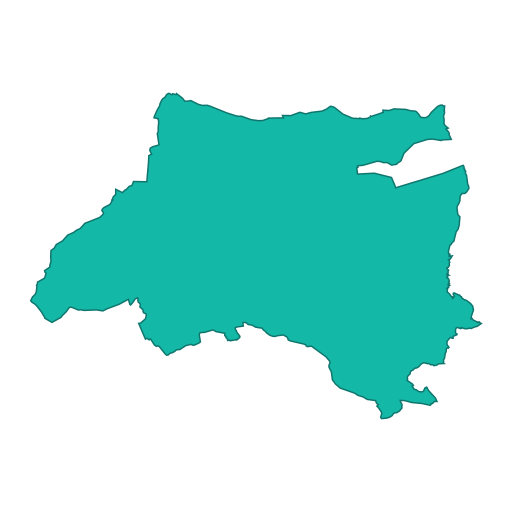 outline of Floresti, Cluj, Romania
{"feature_id": "2599482B97724540451187", "entity_name": "Floresti", "entity_type": "district", "adm_level": 2, "iso_a3": "ROU", "parent_name": "Romania", "parent_adm1": "Cluj", "projection": "equal_earth", "projection_center": [23.482, 46.732], "detail": "fine", "context": "isolated", "style": "filled", "palette": "teal", "viewbox_px": 512, "rotation_deg": 0, "n_neighbors": 0, "source": "geoboundaries", "source_scale": "gbopen_adm2", "svg_char_len": 6079}
<svg xmlns="http://www.w3.org/2000/svg" viewBox="0 0 512 512"><path d="M447.1,344.8L446.9,342.5L447.4,340.8L450.1,337.7L450.8,337.5L452.0,338.2L453.1,338.3L453.0,337.1L453.4,336.2L457.0,334.7L456.8,333.7L455.8,333.4L455.5,332.8L455.6,329.1L456.3,327.9L457.5,327.5L460.7,328.6L461.1,328.5L461.1,327.6L464.9,328.7L467.7,328.7L469.1,328.1L471.3,328.5L473.7,327.3L477.3,326.3L481.3,323.5L480.1,322.9L479.3,321.9L478.9,321.9L478.9,322.4L477.5,322.5L477.5,322.1L473.3,320.1L471.9,318.3L471.1,318.8L471.3,316.5L473.3,310.5L473.4,309.2L472.7,306.9L472.8,306.3L470.6,303.5L466.5,300.4L464.0,299.5L461.7,297.8L461.5,296.8L460.8,296.6L459.6,295.1L458.3,294.9L454.2,292.9L453.3,293.2L453.2,294.2L454.5,296.2L453.7,296.8L453.2,298.1L452.5,298.4L452.2,296.6L451.2,296.4L449.9,294.4L447.1,291.7L447.5,288.8L446.9,288.3L448.6,287.5L448.2,286.4L449.7,285.4L448.1,284.5L449.5,283.6L448.6,282.4L449.3,281.6L448.8,279.1L447.0,277.8L447.8,276.9L447.2,276.3L447.5,275.8L447.2,275.2L448.8,275.1L447.1,273.9L448.2,273.0L447.9,271.5L448.6,270.5L448.6,270.1L447.2,269.3L446.9,267.8L448.1,267.4L449.4,265.5L449.2,263.3L449.7,262.6L449.3,260.7L448.5,259.7L450.1,259.2L452.2,255.9L449.2,256.4L449.2,255.4L449.9,255.4L450.0,254.7L449.7,254.0L448.5,253.8L448.5,251.1L449.9,245.2L451.1,244.5L451.8,243.0L453.9,241.1L456.1,232.0L458.0,229.3L459.2,225.1L459.9,216.8L457.8,214.6L457.0,208.2L457.2,206.3L459.0,203.2L459.9,200.7L460.1,196.4L461.7,193.6L465.0,193.4L466.6,192.0L468.9,188.4L468.6,186.1L467.7,184.0L466.5,175.2L465.4,173.4L465.7,171.3L464.5,170.3L464.8,169.2L463.9,168.6L464.1,166.9L463.1,165.3L442.7,173.5L395.6,187.8L394.9,185.5L391.5,177.5L374.3,173.2L357.6,174.1L356.7,167.9L358.0,167.2L357.5,165.8L363.0,165.3L376.9,161.3L380.4,161.5L383.2,162.6L387.2,162.6L391.6,165.1L396.5,164.3L397.9,162.9L400.4,161.3L401.2,160.3L404.0,153.2L413.9,143.6L427.5,139.4L432.7,139.1L441.3,140.5L442.6,139.9L451.3,139.4L449.3,135.2L449.0,132.6L446.0,128.9L448.2,128.1L445.1,125.6L444.0,123.6L444.1,119.4L443.5,116.2L444.5,113.1L444.5,111.9L444.1,111.1L444.5,110.6L444.2,109.3L444.6,107.7L444.3,106.9L444.7,106.1L441.8,105.4L441.9,105.1L440.2,105.2L437.6,106.4L431.4,112.3L428.9,115.7L426.8,117.2L425.6,117.6L422.7,117.6L420.4,117.0L418.7,114.2L416.3,111.6L415.2,111.1L410.8,110.8L405.7,109.4L393.9,108.9L389.2,110.5L382.9,110.2L383.2,112.4L371.4,116.4L370.5,116.0L370.2,117.0L367.3,118.4L362.5,118.8L359.6,118.1L359.4,118.6L352.5,118.2L342.9,114.1L334.7,107.6L332.8,106.7L330.3,106.3L326.4,109.2L322.0,111.1L311.2,112.4L305.7,113.9L299.8,112.3L290.9,115.6L282.5,115.5L283.5,117.9L268.5,118.1L268.5,118.5L262.8,120.5L258.7,120.7L251.2,119.7L241.4,116.2L238.7,116.3L235.9,115.8L226.5,112.8L210.2,106.2L207.3,105.3L202.1,105.4L198.2,104.3L190.9,100.6L187.1,101.2L184.7,101.1L182.4,98.1L176.5,93.6L176.1,94.6L172.7,93.8L172.0,94.8L169.3,93.5L168.4,93.4L166.5,94.7L165.4,96.8L162.5,99.0L161.4,100.8L159.9,104.0L159.8,105.5L156.9,110.6L154.1,117.1L154.0,117.8L158.1,118.6L157.9,119.1L158.5,120.4L158.7,122.2L158.2,127.6L158.2,132.0L157.3,133.5L159.0,144.9L152.8,146.7L150.3,148.1L149.8,150.4L151.6,154.2L148.8,155.6L148.5,162.5L146.8,181.8L133.5,181.5L131.9,185.5L129.1,186.4L126.6,189.2L124.6,190.4L122.4,192.6L115.7,189.3L115.7,194.5L113.4,196.6L112.6,198.6L112.8,200.0L111.8,200.0L111.9,201.0L111.1,202.8L109.8,204.5L103.9,207.6L102.3,209.2L101.9,210.6L103.4,212.5L103.2,214.0L102.6,214.8L99.6,217.5L84.9,223.3L80.1,228.6L76.7,230.1L73.5,232.5L67.8,235.0L62.5,240.9L56.3,244.5L54.2,248.2L51.0,250.5L50.7,257.1L51.0,261.1L49.9,265.1L49.8,267.1L44.6,270.6L45.0,272.2L46.1,273.2L44.5,278.2L37.5,282.1L37.4,284.0L36.5,285.4L36.9,286.1L36.3,291.8L35.3,294.2L32.5,297.0L30.7,300.7L31.8,302.1L35.2,304.3L37.4,306.7L41.6,312.2L44.5,317.1L44.9,318.3L52.0,322.4L61.1,317.3L62.2,315.7L66.3,311.7L69.1,307.7L70.4,307.1L72.3,307.5L78.5,310.1L80.3,309.7L84.0,310.4L96.5,309.9L102.9,310.9L107.5,308.6L119.1,304.3L128.4,299.3L129.9,304.5L130.6,305.0L133.2,302.0L134.9,299.2L137.4,297.8L138.2,298.4L137.8,300.1L138.2,302.1L140.3,303.8L139.9,307.0L143.2,310.0L143.0,311.7L143.8,312.9L146.1,313.8L146.2,316.0L145.4,318.9L140.4,323.2L138.7,323.4L145.4,339.1L147.1,338.3L149.1,339.9L150.5,338.9L154.5,345.1L156.6,346.4L158.0,345.7L159.4,346.7L164.9,353.6L166.6,355.2L168.1,355.0L170.6,352.9L171.9,352.9L174.6,351.5L176.5,349.8L179.9,349.5L185.8,345.6L190.8,344.4L193.3,345.3L195.4,344.7L199.3,342.8L200.4,341.9L199.2,334.5L200.0,332.7L204.9,332.3L213.0,329.9L216.0,331.6L224.8,333.3L224.8,335.7L226.0,336.4L226.0,337.6L227.4,339.1L227.7,340.5L230.4,340.0L229.9,340.4L230.2,340.8L236.4,339.6L236.3,340.0L236.7,340.0L238.6,338.6L239.4,337.6L239.4,336.8L239.9,336.8L239.6,335.8L236.7,332.1L236.4,330.6L235.4,329.7L235.2,327.8L237.3,326.9L243.3,326.1L242.9,323.4L243.3,322.4L246.0,322.6L248.2,324.5L252.1,325.1L255.7,327.2L262.2,328.2L263.3,329.9L265.4,331.4L266.6,332.9L269.6,335.1L272.4,336.2L274.7,336.5L278.0,335.6L283.3,335.0L287.0,337.0L287.9,338.6L288.2,339.9L290.3,340.9L304.1,344.1L305.9,345.0L306.1,345.8L307.3,346.6L311.5,346.2L326.0,356.8L329.8,361.3L330.0,362.9L329.0,365.2L329.0,367.2L331.4,372.0L332.4,379.8L335.5,384.0L340.2,388.1L354.8,393.2L357.8,395.3L363.0,396.9L367.2,399.4L375.6,400.6L376.5,403.2L378.3,404.7L376.9,406.1L378.9,408.3L381.5,412.2L381.7,413.5L380.7,417.3L381.5,418.6L386.7,418.1L389.5,417.3L392.0,415.7L393.9,413.1L396.9,412.6L399.5,411.0L402.0,407.9L401.7,406.5L402.1,405.4L401.8,403.9L400.6,402.1L400.2,400.4L404.7,400.6L411.6,402.5L422.0,403.5L430.1,405.3L431.0,404.5L431.1,403.6L432.5,403.5L434.5,401.4L437.0,401.5L435.4,398.0L428.5,390.5L426.7,387.1L424.8,388.1L423.6,391.1L422.2,391.9L418.7,391.6L416.3,389.8L414.3,389.3L412.1,386.1L413.4,385.4L412.4,384.0L407.0,380.3L407.6,379.3L407.3,377.4L407.6,376.4L410.1,373.8L410.4,371.9L411.2,370.9L412.9,370.1L414.8,368.2L416.2,368.1L418.7,366.8L421.2,364.0L423.8,362.7L427.7,363.7L429.0,363.5L430.6,364.8L432.6,364.7L434.1,365.7L437.2,364.9L438.7,363.8L444.0,363.5L443.2,362.9L443.6,361.6L443.5,359.5L444.4,358.7L445.4,352.9L446.1,351.9L446.4,348.6L447.4,348.0L448.2,348.2L449.0,347.3L447.1,344.8Z" fill="#14b8a6" stroke="#0f766e" stroke-width="1.5"/></svg>